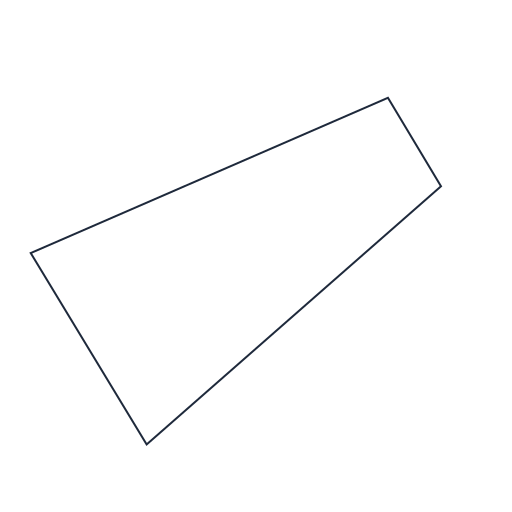 outline of Vlahita, Harghita, Romania, rotated 61°
{"feature_id": "2599482B68924224489535", "entity_name": "Vlahita", "entity_type": "district", "adm_level": 2, "iso_a3": "ROU", "parent_name": "Romania", "parent_adm1": "Harghita", "projection": "natural_earth1", "projection_center": [25.464, 46.352], "detail": "fine", "context": "isolated", "style": "outline", "palette": "slate", "viewbox_px": 512, "rotation_deg": 61, "n_neighbors": 0, "source": "geoboundaries", "source_scale": "gbopen_adm2", "svg_char_len": 223}
<svg xmlns="http://www.w3.org/2000/svg" viewBox="0 0 512 512"><g transform="rotate(61 256 256)"><path d="M367.8,443.0L284.7,60.4L181.6,63.9L144.2,451.6L367.8,443.0Z" fill="none" stroke="#1e293b" stroke-width="2"/></g></svg>